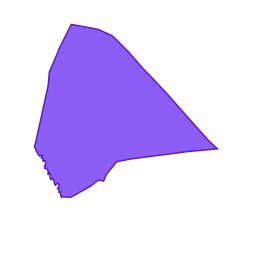 San Juan Achiutla, Oaxaca, Mexico (Equal Earth projection), rotated 17°
{"feature_id": "50627088B30622720608002", "entity_name": "San Juan Achiutla", "entity_type": "district", "adm_level": 2, "iso_a3": "MEX", "parent_name": "Mexico", "parent_adm1": "Oaxaca", "projection": "equal_earth", "projection_center": [-97.513, 17.347], "detail": "fine", "context": "isolated", "style": "filled", "palette": "violet", "viewbox_px": 256, "rotation_deg": 17, "n_neighbors": 0, "source": "geoboundaries", "source_scale": "gbopen_adm2", "svg_char_len": 1513}
<svg xmlns="http://www.w3.org/2000/svg" viewBox="0 0 256 256"><g transform="rotate(17 128 128)"><path d="M44.0,173.5L45.6,174.7L46.9,176.8L48.4,178.2L49.0,178.8L49.6,179.5L50.7,180.1L51.4,180.6L51.9,180.6L52.8,179.5L54.0,179.4L54.0,180.1L53.8,181.9L54.3,181.8L55.0,182.3L55.2,182.1L55.5,182.5L56.0,183.1L56.1,183.7L56.3,184.5L56.8,184.7L58.0,183.6L58.9,184.1L59.3,185.0L59.5,185.7L59.7,187.6L59.3,188.2L59.2,188.9L59.6,189.0L60.4,189.1L60.2,190.9L60.7,190.8L61.2,190.7L62.1,190.9L63.0,191.3L63.4,191.8L63.7,192.3L64.1,192.4L64.3,192.8L64.9,193.0L65.5,194.0L66.1,194.0L66.0,194.5L64.7,194.4L64.9,195.5L67.1,195.5L67.3,195.6L67.7,196.1L67.5,196.5L67.7,197.6L67.8,198.3L69.3,199.7L69.5,199.7L69.7,199.8L70.1,199.6L70.6,198.2L71.5,198.9L72.4,200.1L72.8,200.4L73.4,201.4L73.8,202.4L73.8,202.6L74.9,203.8L75.2,204.0L75.7,203.4L76.1,202.3L76.8,200.8L77.4,201.1L78.3,202.3L78.6,202.3L78.7,202.8L79.2,204.8L78.8,205.0L78.4,205.6L78.3,206.6L80.0,207.4L80.2,207.5L80.3,207.8L80.7,209.6L82.1,209.8L82.3,209.3L82.5,210.1L82.7,210.5L83.1,211.1L83.0,211.4L83.5,212.4L83.8,212.2L84.6,213.6L85.8,212.9L93.5,211.0L94.9,209.6L109.6,194.1L112.5,189.6L115.2,186.4L118.4,186.0L120.2,186.0L120.9,178.6L127.1,163.5L140.0,156.7L191.7,133.2L219.6,121.8L209.0,116.6L182.8,100.8L155.6,84.1L135.1,72.3L125.3,67.0L107.4,55.8L88.7,45.7L85.8,44.4L84.4,44.2L84.2,44.2L83.6,44.1L82.6,44.0L70.6,42.4L43.5,45.5L38.8,73.2L38.7,76.7L36.4,97.3L39.3,110.8L43.9,168.8L43.9,171.4L44.0,173.5Z" fill="#8b5cf6" stroke="#5b21b6" stroke-width="1.5"/></g></svg>